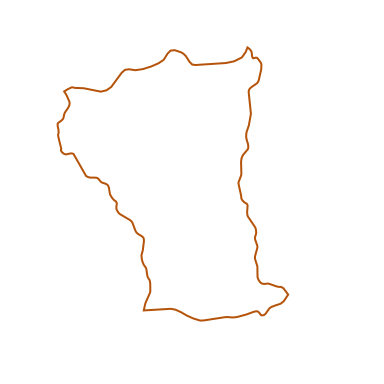 Paysandú, Equal Earth projection, rotated 70°
{"feature_id": "URY-8", "entity_name": "Paysandú", "entity_type": "Department", "adm_level": 1, "iso_a3": "URY", "parent_name": "Uruguay", "parent_adm1": "", "projection": "equal_earth", "projection_center": [-57.298, -32.042], "detail": "fine", "context": "isolated", "style": "outline", "palette": "amber", "viewbox_px": 384, "rotation_deg": 70, "n_neighbors": 0, "source": "natural_earth", "source_scale": "10m", "svg_char_len": 3142}
<svg xmlns="http://www.w3.org/2000/svg" viewBox="0 0 384 384"><g transform="rotate(70 192 192)"><path d="M52.5,269.2L52.6,268.7L54.0,266.7L57.5,258.2L66.5,243.4L67.2,237.6L65.7,232.0L55.9,217.3L54.3,213.2L55.1,209.3L58.2,203.5L59.7,196.1L60.1,187.5L59.6,179.4L58.1,173.4L53.6,167.6L51.8,163.8L52.8,159.8L56.7,154.8L58.9,152.9L62.1,151.3L68.9,149.8L72.3,148.2L73.8,145.5L82.4,116.0L83.6,107.6L82.6,99.1L78.8,93.6L75.1,90.4L75.5,90.1L77.9,88.8L80.0,88.1L82.3,88.4L84.8,89.1L86.4,89.1L87.1,88.9L87.3,88.8L87.3,88.7L87.5,86.9L87.6,85.9L88.1,85.1L88.7,84.7L94.0,83.1L95.2,83.1L96.6,83.4L100.4,85.0L109.9,91.1L111.2,92.4L111.7,93.1L112.1,93.9L113.9,100.7L114.3,101.5L114.7,102.4L115.2,103.1L115.9,103.7L116.6,104.2L117.6,104.6L138.7,109.9L149.0,115.9L153.8,119.8L155.3,120.8L158.8,122.3L162.2,122.8L166.3,123.0L168.9,123.7L170.4,124.4L171.1,125.2L174.2,130.7L175.3,132.1L177.2,133.9L180.5,135.6L191.8,139.4L193.4,140.3L198.7,144.9L200.3,145.5L212.4,147.1L214.3,147.7L215.6,147.8L217.0,147.5L218.9,146.7L220.0,146.0L220.9,145.3L221.5,144.7L222.4,144.4L223.5,144.3L229.8,147.1L232.8,147.9L234.4,147.8L246.8,144.7L248.5,144.7L250.9,145.2L252.3,145.6L253.3,146.2L256.1,148.3L257.0,148.7L258.0,148.9L264.0,149.0L265.6,149.2L266.7,149.6L274.0,154.8L275.8,155.5L276.8,155.7L284.2,156.0L294.3,159.5L295.2,159.6L296.8,159.6L299.1,159.1L301.0,158.4L301.8,157.7L302.5,156.8L303.2,155.2L303.5,154.3L303.9,152.2L304.8,150.7L309.2,145.4L310.5,143.5L311.3,141.9L311.6,140.8L313.7,139.0L321.3,136.7L326.0,143.1L326.6,144.8L327.2,146.7L327.3,147.9L327.1,152.1L327.2,156.6L327.5,158.1L327.9,159.2L331.3,164.1L331.9,165.2L332.2,166.4L332.1,167.8L331.7,168.7L331.2,169.3L330.6,169.5L329.4,169.8L327.8,170.4L327.1,170.8L326.5,171.4L326.0,172.8L325.7,174.7L325.7,182.8L325.6,184.1L324.9,192.3L324.0,196.2L323.2,198.1L321.6,201.5L320.9,203.8L316.7,224.9L315.6,228.3L311.3,234.0L306.5,239.0L301.2,243.4L296.9,247.8L294.5,251.9L286.8,277.8L282.3,275.0L280.3,273.6L272.5,266.1L271.0,265.1L263.2,262.4L260.7,262.0L259.7,262.1L257.9,262.6L256.5,262.7L254.7,262.5L249.1,261.3L247.6,261.2L244.0,262.2L240.9,262.4L237.8,262.1L234.3,261.2L229.8,258.1L222.0,254.1L219.8,253.4L218.3,253.3L217.6,253.6L216.1,254.5L213.4,256.7L212.0,257.6L211.2,258.0L209.3,258.4L200.3,258.5L198.9,258.9L197.4,259.7L188.1,267.3L187.0,267.9L185.6,268.4L183.0,268.8L181.6,268.7L180.2,268.2L177.2,266.6L176.0,266.5L174.9,266.7L172.8,268.1L170.3,269.1L166.6,269.8L165.2,269.7L160.1,268.7L158.2,268.6L156.8,268.8L156.0,269.2L154.7,270.4L153.6,271.7L153.2,272.4L151.8,273.8L151.2,274.2L147.8,275.4L147.0,275.8L146.4,276.4L145.8,277.1L145.2,278.7L145.0,279.0L144.0,281.9L143.6,282.8L142.6,284.3L142.0,285.0L140.6,286.1L115.8,290.3L115.2,290.9L114.7,291.7L114.3,292.6L114.1,293.7L113.6,297.5L112.9,298.6L111.9,299.6L109.8,300.7L108.5,300.9L107.4,300.7L106.7,300.1L94.2,298.7L92.4,298.3L91.0,297.2L88.0,296.2L84.7,295.8L82.9,295.3L81.8,294.8L81.4,294.2L81.2,293.8L80.3,290.5L79.6,288.9L79.1,288.1L78.5,287.5L75.4,285.6L74.7,285.0L74.0,284.4L70.2,279.2L69.7,278.6L69.0,278.0L68.1,277.3L66.5,276.6L65.3,276.3L58.0,276.8L53.8,277.7L52.9,273.5L52.5,269.2Z" fill="none" stroke="#b45309" stroke-width="2"/></g></svg>